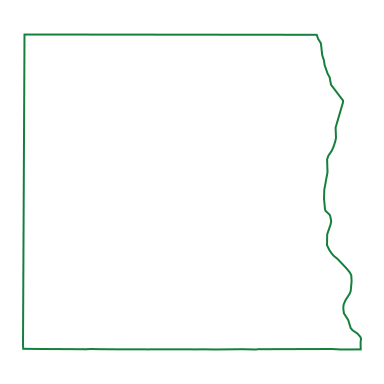 outline of Houston, Minnesota, United States of America
{"feature_id": "52423323B5787243339085", "entity_name": "Houston", "entity_type": "district", "adm_level": 2, "iso_a3": "USA", "parent_name": "United States of America", "parent_adm1": "Minnesota", "projection": "albers", "projection_center": [-91.368, 43.674], "detail": "fine", "context": "isolated", "style": "outline", "palette": "green", "viewbox_px": 384, "rotation_deg": 0, "n_neighbors": 0, "source": "geoboundaries", "source_scale": "gbopen_adm2", "svg_char_len": 1167}
<svg xmlns="http://www.w3.org/2000/svg" viewBox="0 0 384 384"><path d="M334.1,145.0L335.3,141.2L336.0,137.9L335.6,127.6L343.1,102.0L343.0,100.5L337.0,92.6L331.0,84.7L329.6,77.2L327.7,73.8L324.6,65.1L324.0,60.7L322.2,55.0L320.9,43.3L318.1,38.8L316.7,34.8L24.5,34.5L23.0,345.5L23.2,348.8L42.6,349.0L62.3,349.1L70.5,349.1L75.1,349.2L79.4,349.2L82.8,349.2L85.5,349.3L86.3,349.3L86.4,349.2L92.1,349.0L95.3,349.1L97.5,349.1L97.8,349.1L98.9,349.2L101.8,349.2L114.9,349.3L141.2,349.3L147.7,349.4L152.6,349.3L180.7,349.3L197.8,349.4L200.3,349.3L210.4,349.4L213.2,349.5L242.5,349.2L255.9,349.5L259.4,349.1L260.9,349.2L331.7,349.0L341.6,349.5L360.7,349.4L360.6,342.5L361.0,338.6L360.3,336.8L357.5,333.6L352.6,330.3L350.7,328.1L348.2,320.0L343.9,313.3L343.3,308.5L343.5,305.3L343.9,303.9L345.6,300.0L349.6,293.8L350.7,291.0L351.6,281.3L351.3,275.6L350.7,274.1L349.6,272.2L346.5,268.4L337.4,258.8L333.9,256.0L331.7,253.5L329.4,250.1L327.0,245.2L327.2,234.3L330.6,224.4L331.2,221.2L330.2,215.9L329.4,214.5L325.6,210.9L325.0,209.3L324.0,198.6L324.3,189.6L327.5,172.3L327.1,159.4L328.4,155.7L331.8,150.6L333.4,147.1L334.1,145.0Z" fill="none" stroke="#15803d" stroke-width="2"/></svg>